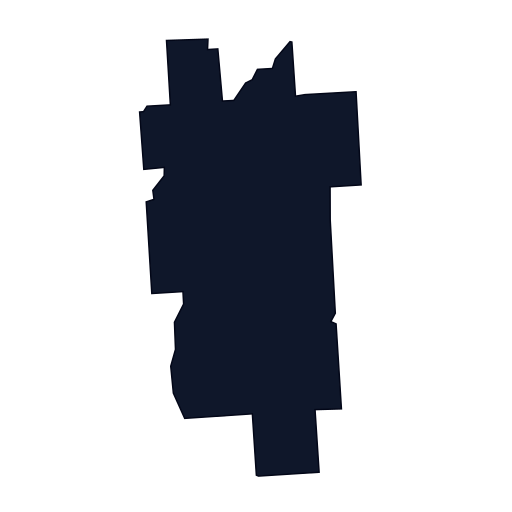 the district of Crenshaw, Alabama, United States of America, rotated 177°
{"feature_id": "52423323B38201258104652", "entity_name": "Crenshaw", "entity_type": "district", "adm_level": 2, "iso_a3": "USA", "parent_name": "United States of America", "parent_adm1": "Alabama", "projection": "mercator", "projection_center": [-86.295, 31.746], "detail": "fine", "context": "isolated", "style": "filled", "palette": "ink", "viewbox_px": 512, "rotation_deg": 177, "n_neighbors": 0, "source": "geoboundaries", "source_scale": "gbopen_adm2", "svg_char_len": 728}
<svg xmlns="http://www.w3.org/2000/svg" viewBox="0 0 512 512"><g transform="rotate(177 256 256)"><path d="M147.5,414.8L198.7,414.6L208.2,413.5L209.0,467.8L210.8,468.3L226.3,451.8L229.8,442.4L244.8,442.3L250.6,432.2L257.3,429.3L270.0,412.5L281.4,412.5L283.3,464.8L293.6,464.7L292.6,475.1L334.1,475.9L333.6,411.4L357.0,411.3L360.8,406.0L364.7,405.9L363.5,348.4L342.9,349.3L343.5,340.9L355.6,327.0L354.9,317.9L362.8,315.8L362.0,224.0L330.8,224.3L330.8,211.8L340.9,194.1L341.3,166.9L346.9,150.4L345.7,123.4L335.7,97.6L267.9,98.6L267.1,37.1L265.0,36.1L204.3,36.8L205.1,99.5L178.7,98.9L179.6,184.0L184.7,186.6L179.8,194.7L180.0,288.5L178.4,321.2L147.3,321.5L147.5,414.8Z" fill="#0f172a" stroke="#020617" stroke-width="1.5"/></g></svg>